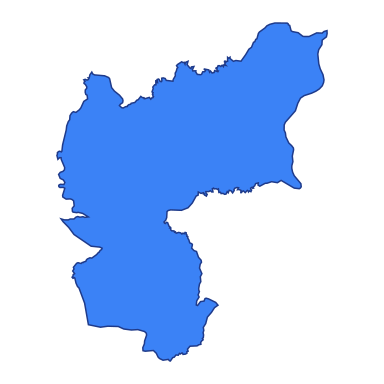 outline of Atrato (Yuto), Chocó, Colombia
{"feature_id": "7082276B67821658402915", "entity_name": "Atrato (Yuto)", "entity_type": "district", "adm_level": 2, "iso_a3": "COL", "parent_name": "Colombia", "parent_adm1": "Chocó", "projection": "orthographic", "projection_center": [-76.61, 5.549], "detail": "fine", "context": "isolated", "style": "filled", "palette": "blue", "viewbox_px": 384, "rotation_deg": 0, "n_neighbors": 0, "source": "geoboundaries", "source_scale": "gbopen_adm2", "svg_char_len": 5838}
<svg xmlns="http://www.w3.org/2000/svg" viewBox="0 0 384 384"><path d="M218.0,305.2L215.7,302.4L208.6,298.9L206.1,298.2L205.0,298.6L204.0,301.1L200.5,301.6L197.6,305.5L196.3,305.0L196.7,300.9L199.1,297.0L198.1,294.9L199.4,291.5L198.8,290.3L198.7,288.3L199.5,284.0L200.8,281.7L200.3,276.7L201.9,273.7L199.5,268.1L200.2,264.2L201.5,262.2L201.1,260.2L198.5,257.3L196.5,251.5L194.0,250.6L191.7,248.2L192.4,244.7L191.9,243.8L189.7,242.8L188.9,240.0L187.8,238.2L187.8,236.6L186.9,236.3L187.0,235.0L186.2,234.5L186.2,232.8L185.1,232.4L184.1,233.8L183.0,233.1L181.9,234.0L180.7,232.9L178.7,232.4L176.2,233.2L175.4,231.8L174.5,232.2L174.0,230.9L171.7,230.8L170.7,229.8L170.8,228.1L169.8,228.0L170.3,227.2L169.1,226.3L167.6,222.6L166.5,222.3L165.2,223.5L164.5,223.1L164.0,222.0L165.7,220.2L166.7,217.6L167.0,211.6L168.2,210.5L170.6,209.9L181.5,210.3L188.0,207.8L192.3,203.0L196.2,196.0L198.1,195.2L198.3,192.0L201.0,193.4L203.5,192.7L203.4,193.9L204.3,193.9L204.5,195.0L206.4,196.1L207.2,194.3L206.1,193.5L205.9,191.6L208.8,191.6L210.3,190.7L211.8,192.0L213.0,191.9L212.3,188.7L213.6,188.1L214.2,188.9L216.3,188.7L217.4,189.4L218.4,188.9L218.9,192.5L220.5,192.3L221.1,193.6L223.1,193.4L224.5,194.3L226.0,194.1L227.2,191.6L228.2,192.8L229.2,190.3L230.9,190.7L232.6,192.9L234.2,190.5L233.9,189.8L234.7,188.3L236.9,187.5L238.5,187.7L237.5,189.7L239.0,189.5L241.0,190.4L240.8,192.6L241.5,192.6L242.3,191.3L243.5,190.9L245.2,192.6L247.3,190.4L248.3,191.1L248.5,191.9L249.4,190.9L250.9,191.7L251.6,190.1L250.7,189.1L250.6,188.2L251.8,187.4L252.7,188.3L253.6,188.1L253.1,187.0L254.7,185.8L255.6,183.6L258.3,182.9L258.0,185.0L259.8,186.2L265.2,183.3L267.1,183.2L271.6,181.7L277.4,182.7L281.1,180.4L294.2,188.1L299.3,188.7L300.4,188.0L301.2,186.8L300.9,183.7L294.2,175.7L292.6,172.1L291.8,168.3L291.8,165.8L292.9,161.7L292.3,156.1L293.6,149.8L293.4,148.0L291.6,145.6L288.8,143.0L285.9,136.9L285.4,132.9L284.1,130.0L284.2,124.9L285.4,122.2L295.4,110.8L297.8,103.3L300.5,98.1L304.2,95.6L311.6,93.2L315.9,91.2L319.4,88.9L322.3,85.8L323.6,82.5L324.0,79.9L323.0,74.7L320.2,68.8L318.8,63.9L317.8,54.0L318.7,49.7L321.9,44.7L322.2,40.1L326.4,36.9L327.1,33.7L327.0,30.6L324.0,31.5L322.1,33.1L316.7,32.9L309.1,36.5L304.0,36.5L302.8,36.3L298.2,32.7L292.5,31.6L291.1,30.8L289.7,25.4L288.4,24.8L288.2,23.8L287.2,23.1L274.9,23.0L269.9,24.3L266.9,25.8L264.9,28.0L259.4,32.0L258.4,33.4L256.9,38.8L255.7,39.4L254.8,41.7L253.5,42.3L251.5,47.3L248.9,49.2L245.7,54.6L241.0,61.2L235.9,60.5L233.4,61.3L230.0,58.5L230.0,57.2L228.5,58.2L227.6,57.4L227.6,61.3L226.8,61.3L225.7,62.3L225.0,61.0L224.5,61.3L224.5,62.0L225.4,62.8L224.6,64.1L225.9,65.4L223.8,65.0L223.4,66.6L222.1,65.2L220.8,66.5L219.7,65.7L218.1,65.7L217.4,67.3L216.0,68.0L216.0,68.7L217.1,68.9L217.0,70.7L218.3,71.0L217.9,71.7L214.6,70.6L214.1,72.5L212.1,73.0L210.5,71.0L209.6,72.2L208.8,69.9L204.4,69.0L204.3,69.5L205.6,70.2L205.4,70.8L204.6,71.7L202.7,71.8L201.6,74.3L200.8,74.7L197.3,74.4L195.8,72.1L195.9,70.8L192.8,70.9L192.5,69.6L193.9,66.5L191.4,66.9L191.0,68.5L189.9,68.0L187.1,64.6L188.0,61.3L185.4,62.4L185.0,64.1L184.2,62.3L183.1,62.6L181.7,61.8L177.5,64.5L176.5,65.7L177.8,67.6L177.0,68.4L176.2,71.4L175.2,73.1L175.3,75.9L173.3,79.3L172.9,81.2L166.3,80.4L165.2,78.5L163.2,77.9L161.7,78.2L161.9,80.9L161.2,81.7L160.1,81.4L159.1,79.4L158.4,79.0L157.1,79.5L157.6,82.7L157.0,82.6L156.5,80.5L155.8,80.7L155.9,84.8L154.6,84.8L152.8,87.1L153.2,88.5L152.0,91.9L153.1,92.6L152.4,94.2L153.0,94.7L152.8,96.0L153.5,96.6L152.9,97.7L151.6,98.0L150.8,99.2L149.3,97.4L144.9,98.7L144.1,98.6L144.0,97.7L142.3,97.6L140.8,96.4L138.2,99.7L136.8,100.2L134.8,102.5L131.1,103.3L130.6,104.3L128.9,104.6L127.5,105.7L127.4,106.5L125.5,106.7L123.2,108.0L121.7,107.7L119.4,105.6L120.3,104.3L122.6,102.7L123.0,100.8L122.6,98.9L119.5,95.2L114.4,91.1L111.6,87.6L109.6,78.7L108.6,77.5L104.6,75.8L94.5,74.9L92.7,73.9L91.8,72.1L89.9,74.8L89.2,77.9L88.2,77.9L88.7,78.6L88.4,79.5L87.0,80.1L85.2,79.3L83.8,79.8L85.0,81.3L84.1,82.1L84.0,83.4L85.4,84.5L86.8,86.9L86.7,88.3L85.3,89.9L85.2,92.3L85.8,94.4L87.1,95.2L87.6,98.9L83.8,101.4L80.9,107.8L79.3,109.8L76.0,112.4L73.3,111.7L71.6,113.1L70.0,115.6L69.7,119.7L68.3,121.6L66.7,125.9L66.2,130.1L62.6,144.9L61.9,151.1L61.3,151.9L59.7,151.2L58.4,151.6L57.3,152.9L57.5,153.9L56.9,155.4L57.9,159.3L59.5,157.7L61.1,157.7L61.2,159.3L64.7,167.6L64.4,169.9L62.9,171.4L60.3,172.3L58.6,174.4L60.2,178.4L63.3,179.9L64.9,182.4L63.9,184.5L60.4,184.3L59.2,184.8L58.7,185.7L58.9,186.7L60.0,187.5L63.2,187.4L64.8,188.2L62.6,195.4L62.8,197.0L66.1,199.1L70.2,198.9L72.0,199.5L73.6,200.8L74.2,205.8L72.2,208.3L72.4,211.3L73.0,212.1L76.9,212.7L78.0,212.3L82.7,213.4L88.3,216.9L84.8,217.4L83.0,216.7L79.9,217.2L77.8,216.5L76.0,217.1L73.9,219.0L70.2,219.0L68.3,219.9L64.5,219.9L61.1,218.9L63.1,221.7L68.7,227.4L74.0,234.5L91.1,246.2L99.8,247.1L102.1,248.2L101.6,249.5L100.1,250.5L99.1,252.3L98.5,252.4L96.6,254.6L91.8,258.1L89.9,257.8L87.3,259.0L86.3,260.1L85.8,261.4L83.9,261.9L83.1,262.6L82.3,262.4L81.1,263.5L78.0,262.7L76.6,263.3L73.4,267.3L74.0,269.0L72.7,271.0L74.6,273.7L73.2,274.6L72.8,276.8L72.1,277.2L73.0,278.3L74.2,277.7L74.8,278.0L76.0,283.1L77.5,286.5L79.0,288.0L84.6,303.1L88.4,324.7L100.5,327.2L107.9,326.2L118.3,326.5L123.8,329.0L131.4,330.0L137.9,329.6L144.5,331.5L146.3,333.2L146.6,335.1L144.6,341.0L144.4,343.8L142.8,347.7L143.0,350.7L145.2,351.2L153.4,350.5L156.3,353.3L158.1,357.1L159.5,358.5L163.0,360.2L168.3,359.4L169.5,360.8L170.4,361.0L172.7,357.6L174.2,357.2L176.0,355.0L178.3,355.2L179.4,353.4L180.3,354.0L181.9,353.0L182.5,353.1L183.0,354.4L185.4,354.1L186.9,353.3L186.9,351.6L188.1,351.2L187.5,349.1L190.0,346.2L196.7,345.9L197.8,345.6L198.3,344.9L200.9,344.3L200.7,342.5L201.6,341.0L203.1,339.8L202.4,338.5L203.3,337.7L203.6,334.9L203.1,332.7L203.8,330.4L203.3,327.4L205.7,323.6L207.4,317.1L211.4,312.5L214.5,307.7L218.0,305.2Z" fill="#3b82f6" stroke="#1e3a8a" stroke-width="1.5"/></svg>